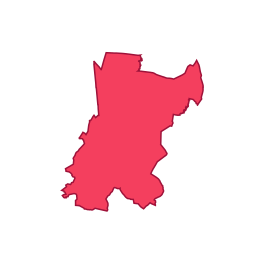 Penkules pag., Dobele, Latvia (orthographic projection), rotated 301°
{"feature_id": "27541924B17832608413476", "entity_name": "Penkules pag.", "entity_type": "district", "adm_level": 2, "iso_a3": "LVA", "parent_name": "Latvia", "parent_adm1": "Dobele", "projection": "orthographic", "projection_center": [23.225, 56.49], "detail": "fine", "context": "isolated", "style": "filled", "palette": "rose", "viewbox_px": 256, "rotation_deg": 301, "n_neighbors": 0, "source": "geoboundaries", "source_scale": "gbopen_adm2", "svg_char_len": 5339}
<svg xmlns="http://www.w3.org/2000/svg" viewBox="0 0 256 256"><g transform="rotate(301 128 128)"><path d="M167.4,64.6L165.4,66.1L165.2,65.9L150.1,77.1L148.4,78.3L146.9,79.3L146.2,79.8L146.3,80.0L132.4,90.2L132.5,90.4L129.1,92.6L123.7,96.5L123.3,95.8L121.1,95.2L120.2,94.8L120.8,93.7L121.4,92.3L119.7,92.1L117.5,92.2L115.7,92.2L114.7,91.3L114.3,91.3L114.3,91.5L114.2,91.8L110.8,92.7L109.5,93.2L104.5,95.4L100.7,95.4L101.3,93.5L101.1,93.3L101.1,91.6L98.9,91.6L95.6,91.5L94.3,91.3L93.9,91.8L94.1,92.2L95.0,93.7L95.3,94.6L94.5,95.9L94.6,96.2L93.7,97.1L92.2,98.7L90.2,98.4L85.1,97.3L85.0,97.2L82.4,97.1L80.7,96.3L79.5,96.2L77.9,96.5L77.7,96.7L73.8,96.6L72.6,98.0L68.8,99.8L60.9,95.4L60.5,95.8L60.0,96.4L59.0,97.1L60.1,100.4L59.9,102.1L59.3,104.0L58.5,104.3L58.0,105.4L57.8,105.8L58.3,107.7L57.5,108.4L53.1,108.9L52.1,107.8L50.0,107.9L49.0,105.1L47.0,104.1L46.0,105.5L40.4,103.3L40.9,105.7L40.3,106.2L40.5,107.0L39.2,108.9L38.2,107.6L37.8,107.2L36.3,106.5L35.4,108.7L35.4,109.0L35.4,109.4L35.8,110.0L36.4,110.9L36.9,110.4L38.3,112.0L39.8,111.6L41.0,112.3L44.0,115.5L44.6,117.2L44.6,117.4L44.1,118.4L44.0,118.7L43.1,119.2L42.1,120.0L40.7,120.9L38.8,120.4L34.7,122.9L35.9,125.3L36.2,126.1L36.4,126.1L36.6,131.3L36.6,131.6L36.1,132.3L36.4,132.6L36.9,134.0L37.1,135.1L37.9,136.6L38.1,137.2L38.3,137.5L38.6,137.7L39.2,139.4L40.2,140.2L42.2,141.1L45.9,152.3L46.0,152.3L46.2,152.8L47.1,152.8L47.6,152.6L48.6,151.5L51.4,150.7L53.2,149.5L54.7,147.3L55.7,145.7L56.2,145.6L58.1,145.7L59.1,145.6L61.1,146.6L63.8,146.6L65.4,147.2L69.2,146.7L70.0,147.1L70.2,147.5L70.5,149.0L70.6,149.8L70.7,150.3L71.7,152.0L72.2,152.3L71.8,152.5L71.3,152.8L70.6,153.9L70.3,154.6L69.0,157.2L68.7,158.6L67.6,161.5L67.3,163.8L68.2,166.0L68.3,166.8L68.2,167.0L69.5,169.3L66.6,171.9L68.3,175.8L67.1,179.1L66.9,180.4L66.8,183.0L71.0,183.9L71.6,184.5L75.3,185.4L75.2,186.9L75.8,191.3L76.2,191.1L77.2,190.0L78.4,190.0L79.7,189.1L79.8,187.5L80.3,187.4L81.0,187.5L81.6,187.7L82.9,188.6L83.9,189.2L84.6,189.7L85.8,190.6L87.7,191.3L88.9,191.4L90.4,191.2L91.4,191.2L92.2,191.0L92.9,190.5L93.7,189.4L94.0,189.3L94.9,188.8L95.3,188.4L96.0,187.6L96.2,187.4L96.3,187.4L96.3,187.0L98.3,183.5L99.2,182.3L100.0,180.3L100.3,178.0L100.4,175.2L100.5,171.1L103.5,170.7L104.6,170.7L105.2,170.6L110.9,170.6L114.2,170.5L115.6,171.1L124.8,174.8L125.0,174.8L126.3,174.5L127.4,172.4L128.0,171.6L129.0,169.0L130.7,164.5L130.8,164.5L138.0,160.4L139.4,159.6L142.0,158.2L151.4,162.9L152.1,164.5L155.1,163.9L155.2,164.0L156.0,163.5L156.6,162.4L156.9,162.4L157.1,162.3L163.0,159.9L163.8,162.3L164.6,164.1L165.0,164.7L165.7,165.7L165.9,165.9L166.3,165.6L166.7,165.4L167.0,165.4L167.4,165.5L167.5,165.5L167.6,165.8L167.7,166.2L167.8,166.4L168.1,166.6L168.4,166.6L168.6,166.9L168.9,166.9L169.1,167.2L169.4,167.8L169.8,168.2L170.1,168.0L170.3,167.7L170.7,168.0L170.8,168.0L171.0,167.9L171.4,167.9L171.6,167.8L171.6,167.6L171.4,167.4L171.3,167.2L171.3,166.9L171.7,166.9L171.8,166.9L171.8,167.1L172.1,167.1L172.2,166.7L172.4,166.7L172.5,166.7L172.7,166.9L172.8,167.4L172.7,167.5L172.6,167.9L172.6,168.1L172.9,168.2L173.2,168.0L173.2,167.9L173.1,167.7L173.4,167.8L173.4,168.0L173.5,168.2L173.6,168.3L174.3,167.8L174.6,167.5L174.9,167.5L174.9,167.4L174.8,167.2L175.0,167.1L175.3,167.2L175.4,166.9L175.7,167.0L175.7,167.3L175.9,167.3L175.9,167.2L176.0,167.1L176.0,167.5L175.7,167.7L175.6,167.9L175.5,168.0L175.9,168.0L176.4,168.0L176.5,168.1L177.1,167.8L177.2,168.0L177.4,168.2L177.5,168.4L177.7,168.2L177.9,168.1L178.0,167.9L178.5,168.0L178.7,167.7L179.1,167.5L179.2,167.4L179.3,167.2L179.5,167.3L180.1,167.3L180.5,167.0L181.0,166.9L181.7,166.7L182.2,166.5L182.3,166.4L182.8,166.4L183.2,166.1L183.6,166.1L183.7,165.9L183.5,165.6L183.9,165.5L184.1,165.6L184.0,165.4L184.5,165.4L184.5,165.8L184.8,165.5L186.0,169.2L185.8,169.6L185.8,170.1L185.6,170.6L185.3,171.3L185.2,171.8L185.2,172.5L185.0,172.9L184.6,173.4L184.1,173.8L184.3,174.9L183.4,175.7L183.4,175.8L184.4,175.8L187.1,175.9L190.8,176.2L191.7,175.3L192.2,175.0L193.1,174.7L196.4,173.8L198.5,173.1L199.8,172.4L201.4,171.3L201.5,171.5L202.6,170.8L203.3,170.3L205.3,168.2L208.5,164.5L208.9,164.3L210.7,163.9L211.1,163.6L212.1,162.5L212.7,161.8L213.9,160.6L217.4,157.5L218.6,156.2L219.0,155.6L221.3,152.0L218.5,152.1L214.8,151.8L214.1,149.0L214.1,148.7L211.7,147.7L210.8,147.7L206.5,148.3L204.5,148.6L204.1,148.5L202.2,147.6L201.1,147.0L193.5,142.0L192.8,139.7L192.7,139.6L192.2,138.3L191.1,136.3L190.7,135.4L190.5,134.5L188.7,126.3L188.4,124.6L188.4,122.3L188.1,120.7L187.5,119.4L187.5,119.2L186.1,116.1L182.9,108.9L182.0,107.2L182.8,107.6L183.1,107.7L183.3,107.7L183.5,107.2L184.2,107.0L184.3,107.1L184.5,107.5L184.9,107.7L185.1,107.6L185.5,107.2L186.8,106.8L186.9,106.5L187.2,106.3L187.5,106.4L187.6,106.7L188.5,106.6L188.6,105.8L188.7,105.5L189.0,105.3L189.7,105.1L191.0,103.8L191.1,103.7L190.7,103.1L190.7,102.8L190.9,102.7L191.2,102.8L191.8,103.4L192.1,103.9L192.5,105.0L193.0,105.2L193.4,105.2L193.5,105.1L193.6,104.6L193.8,104.3L193.8,104.2L193.6,103.6L193.8,103.4L194.1,103.5L194.3,103.9L194.5,104.1L194.7,103.8L194.7,103.7L194.7,103.2L195.0,102.8L195.4,102.2L196.0,101.6L196.5,100.9L196.8,101.0L195.4,99.1L195.3,98.8L194.4,96.8L192.8,93.1L191.9,91.0L189.6,86.0L188.6,84.0L186.2,79.4L185.2,77.8L184.5,76.4L181.3,70.5L174.1,72.3L164.4,75.0L164.2,74.9L165.5,71.7L166.7,67.4L167.6,64.8L167.4,64.6Z" fill="#f43f5e" stroke="#9f1239" stroke-width="1.5"/></g></svg>